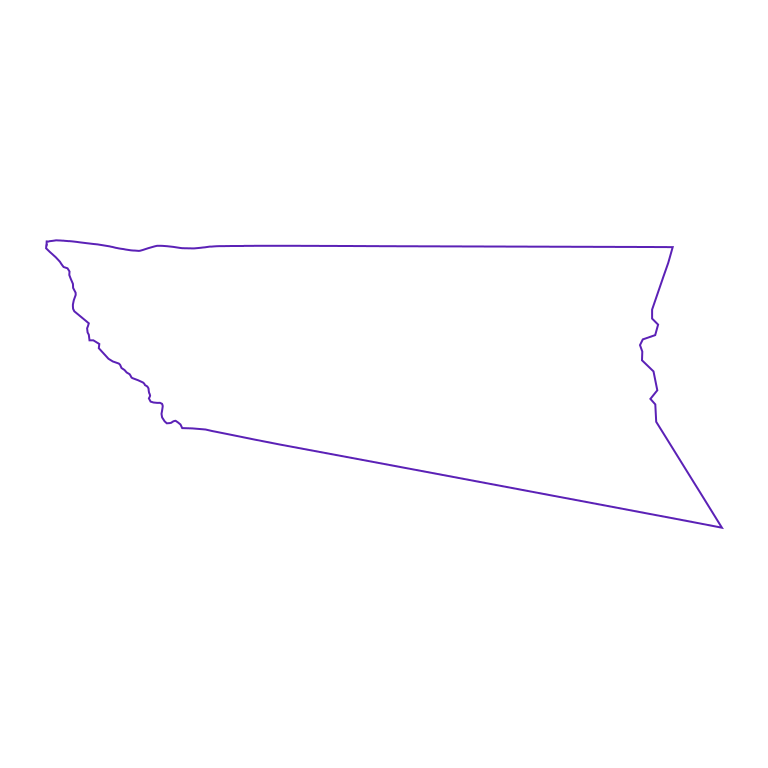 San Martín, San Juan, Argentina (Albers equal-area conic projection)
{"feature_id": "61730980B78285538688755", "entity_name": "San Martín", "entity_type": "district", "adm_level": 2, "iso_a3": "ARG", "parent_name": "Argentina", "parent_adm1": "San Juan", "projection": "albers", "projection_center": [-68.358, -31.544], "detail": "fine", "context": "isolated", "style": "outline", "palette": "violet", "viewbox_px": 768, "rotation_deg": 0, "n_neighbors": 0, "source": "geoboundaries", "source_scale": "gbopen_adm2", "svg_char_len": 2813}
<svg xmlns="http://www.w3.org/2000/svg" viewBox="0 0 768 768"><path d="M114.1,361.9L118.1,363.3L118.9,363.6L120.1,364.8L121.5,368.0L124.5,370.0L126.7,372.5L129.6,374.2L130.5,375.6L131.5,377.5L132.4,378.1L138.0,380.2L143.0,382.5L144.2,383.6L145.0,385.1L146.4,385.9L147.3,386.5L148.1,387.7L148.5,388.5L148.6,389.4L148.7,390.5L148.9,391.8L149.1,392.8L149.7,394.1L150.1,395.7L149.8,396.6L148.9,398.4L149.8,400.1L150.6,401.6L153.5,402.5L157.5,402.9L158.7,402.9L159.9,402.8L162.0,403.8L162.6,405.3L162.7,406.5L162.4,408.6L162.0,411.1L161.5,413.9L162.1,417.4L164.6,421.3L166.8,423.3L169.7,423.1L171.4,422.7L172.5,421.8L174.2,421.0L175.6,420.8L177.8,422.3L180.5,424.5L182.2,428.1L189.0,428.3L192.3,428.4L205.5,429.5L212.5,431.1L215.6,431.7L231.1,434.8L254.7,439.6L274.1,443.4L279.7,444.5L400.8,467.1L551.3,495.4L645.3,513.1L693.9,522.3L721.9,527.7L699.4,491.3L693.9,482.5L665.3,436.4L656.2,421.8L655.3,404.4L650.4,398.9L657.3,390.3L653.5,371.4L642.0,360.3L642.3,351.6L640.0,345.1L642.8,339.4L655.2,335.1L658.1,324.6L652.1,318.6L652.1,309.6L662.4,279.6L663.0,277.8L668.2,263.0L669.8,257.4L672.7,247.1L667.5,247.1L647.8,247.0L385.2,246.2L346.8,246.0L291.8,245.8L282.5,245.8L271.3,245.8L263.9,245.8L256.4,245.8L248.8,245.9L243.9,245.9L243.5,246.0L241.1,246.0L232.0,246.0L225.2,246.1L221.2,246.1L217.1,246.2L214.0,246.4L211.6,246.6L211.3,246.6L210.6,246.6L210.2,246.6L209.8,246.6L205.7,247.2L205.1,247.3L201.9,247.6L201.5,247.7L197.4,248.1L194.1,248.4L193.4,248.4L192.8,248.4L187.7,248.3L182.5,248.2L181.5,248.1L179.9,247.9L174.0,247.0L173.4,246.9L171.6,246.7L167.0,246.2L163.0,245.9L160.9,245.8L157.2,245.8L156.6,245.9L154.5,246.4L148.2,248.2L142.4,250.1L141.6,250.3L141.0,250.5L140.5,250.6L139.9,250.8L139.5,250.8L138.8,250.9L135.2,250.6L133.3,250.5L133.0,250.5L131.6,250.4L130.8,250.3L125.5,249.5L123.6,249.1L120.6,248.7L118.8,248.4L116.9,248.0L115.7,247.8L112.2,246.9L111.4,246.8L110.6,246.6L109.8,246.4L102.5,245.2L99.4,244.7L97.6,244.4L93.6,244.0L86.0,243.1L79.5,242.3L76.7,241.9L72.4,241.4L70.2,241.2L69.3,241.1L68.8,241.1L68.0,241.1L67.1,241.0L65.7,240.9L64.4,240.8L63.8,240.7L63.6,240.7L63.1,240.7L60.3,240.5L57.5,240.4L56.7,240.3L56.0,240.3L55.6,240.4L55.0,240.5L53.6,240.7L52.2,240.9L50.4,241.1L50.1,241.1L49.6,241.2L49.2,241.3L48.9,241.4L48.7,241.5L48.3,241.6L47.0,241.4L46.7,241.4L46.6,243.0L46.6,244.0L46.8,244.2L46.8,244.3L46.9,244.5L46.7,245.4L46.3,245.4L46.1,248.3L49.9,252.0L55.8,257.3L59.9,261.7L61.1,263.6L62.3,265.3L63.6,267.0L67.5,268.3L69.5,271.5L69.3,275.0L70.7,278.7L72.9,283.8L73.0,284.9L73.1,287.9L75.6,292.7L75.7,294.9L75.1,296.6L74.8,297.4L73.8,300.2L72.9,304.6L72.9,306.4L73.1,308.8L74.3,311.3L77.2,313.7L88.8,323.3L88.0,326.0L87.1,328.3L87.6,332.5L88.8,334.7L89.5,340.3L93.3,340.3L99.3,344.0L98.8,348.2L108.5,358.8L112.9,361.5L114.1,361.9Z" fill="none" stroke="#5b21b6" stroke-width="2"/></svg>